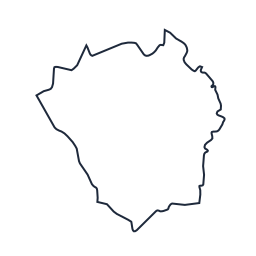 Tiaret, Albers equal-area conic projection, rotated 97°
{"feature_id": "DZA-2205", "entity_name": "Tiaret", "entity_type": "Province", "adm_level": 1, "iso_a3": "DZA", "parent_name": "Algeria", "parent_adm1": "", "projection": "albers", "projection_center": [1.387, 34.879], "detail": "fine", "context": "isolated", "style": "outline", "palette": "slate", "viewbox_px": 256, "rotation_deg": 97, "n_neighbors": 0, "source": "natural_earth", "source_scale": "10m", "svg_char_len": 2244}
<svg xmlns="http://www.w3.org/2000/svg" viewBox="0 0 256 256"><g transform="rotate(97 128 128)"><path d="M107.9,33.2L109.1,33.6L110.5,34.3L113.0,34.8L118.4,37.2L119.6,38.1L120.4,39.1L120.8,40.3L121.2,43.0L121.8,44.3L122.7,44.5L124.0,44.1L125.8,43.4L128.1,43.0L129.8,44.1L132.9,47.7L135.3,49.5L137.6,49.8L138.9,49.1L140.0,46.7L140.8,46.0L141.5,46.2L142.1,46.9L142.6,47.9L143.2,48.5L144.3,49.1L145.8,49.3L156.7,48.8L165.2,46.8L174.8,46.4L175.8,46.9L176.3,48.0L176.4,49.2L176.8,50.0L177.7,50.0L180.9,48.7L185.3,48.1L193.8,48.1L197.4,62.2L197.6,75.0L198.2,75.9L198.9,76.6L200.7,77.6L201.5,77.9L203.3,78.2L204.0,78.7L204.6,79.8L206.0,82.6L206.5,84.1L206.8,85.8L206.3,87.3L206.2,88.6L206.6,89.5L207.3,90.2L228.3,106.8L229.5,108.2L229.8,109.5L229.1,110.5L227.6,111.3L220.9,113.2L220.6,113.4L219.1,116.6L214.7,128.5L212.7,132.0L206.2,139.6L205.1,149.4L201.0,149.6L193.6,151.0L191.9,151.6L191.1,152.4L190.4,154.1L189.6,155.4L188.1,157.0L179.2,162.4L169.0,171.4L166.8,172.6L154.7,176.4L152.2,178.2L148.7,181.2L143.6,187.0L141.1,190.4L139.6,193.6L139.0,196.0L137.9,198.9L136.4,200.9L106.8,222.8L101.7,216.1L99.7,211.3L98.6,209.5L96.7,208.4L93.0,207.8L78.1,208.7L76.6,208.4L76.1,207.1L76.0,205.1L77.5,191.1L75.8,189.2L71.9,186.1L51.1,179.4L52.9,178.1L58.8,174.9L59.8,174.1L60.4,173.2L60.6,172.5L60.7,172.2L45.1,144.5L43.2,138.3L42.8,134.6L42.7,132.1L42.9,130.5L44.1,129.2L53.0,121.3L53.9,119.8L54.1,118.6L53.8,116.9L53.1,115.5L51.2,112.8L49.6,111.3L47.7,109.9L44.4,108.3L42.1,106.8L41.8,106.4L41.6,106.0L41.5,105.7L41.5,103.1L38.9,102.4L26.2,103.4L28.3,97.8L33.3,91.2L35.9,85.1L37.0,83.0L38.3,81.3L39.7,80.3L41.0,79.5L42.4,79.0L43.8,78.6L44.7,78.6L46.2,78.9L49.6,80.2L51.0,80.9L52.3,81.2L53.7,81.0L55.9,79.8L57.7,77.9L62.2,71.9L63.2,69.9L63.5,68.6L62.8,67.8L59.5,65.8L58.5,64.8L58.0,64.1L58.5,61.9L60.4,62.5L61.4,62.7L62.1,62.8L62.9,62.5L63.6,61.9L63.9,60.6L63.7,58.8L63.9,58.0L64.5,57.0L71.1,49.8L72.1,49.1L72.9,48.8L74.0,48.7L74.8,49.0L75.3,49.3L75.9,49.9L76.3,50.2L76.6,50.2L77.2,49.9L77.1,49.0L76.4,48.2L75.9,47.4L76.0,46.6L76.7,46.2L79.5,46.1L84.0,43.2L87.6,42.0L92.6,39.0L94.6,38.4L98.3,38.2L100.6,41.1L101.6,41.5L102.8,41.7L103.8,41.0L104.4,39.8L105.2,36.4L105.8,34.7L106.7,33.4L107.9,33.2Z" fill="none" stroke="#1e293b" stroke-width="2"/></g></svg>